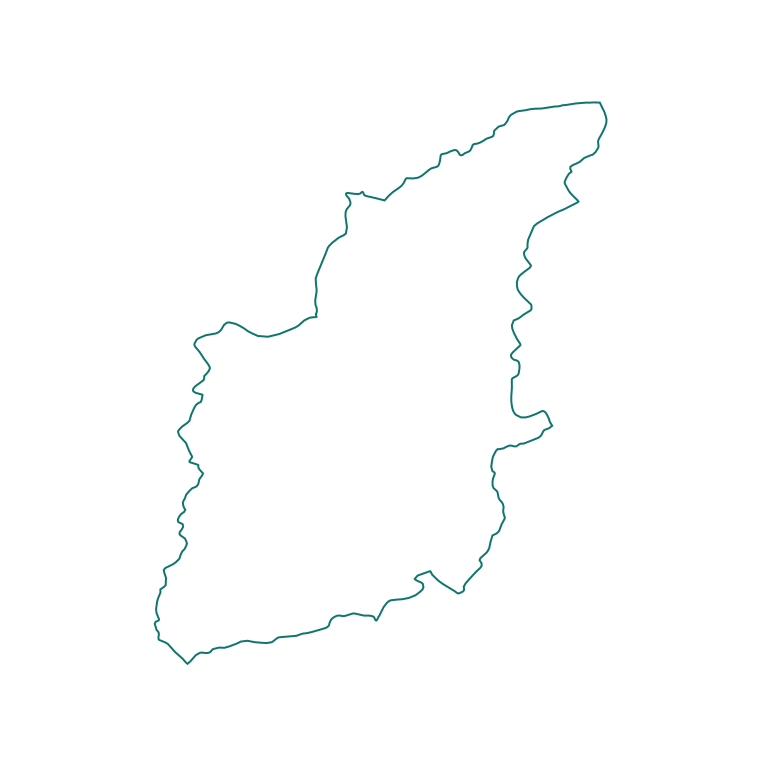 the district of Khanh Son, Khánh Hòa, Vietnam, rotated 74°
{"feature_id": "81297802B29051358194838", "entity_name": "Khanh Son", "entity_type": "district", "adm_level": 2, "iso_a3": "VNM", "parent_name": "Vietnam", "parent_adm1": "Khánh Hòa", "projection": "natural_earth1", "projection_center": [108.898, 12.037], "detail": "fine", "context": "isolated", "style": "outline", "palette": "teal", "viewbox_px": 768, "rotation_deg": 74, "n_neighbors": 0, "source": "geoboundaries", "source_scale": "gbopen_adm2", "svg_char_len": 6160}
<svg xmlns="http://www.w3.org/2000/svg" viewBox="0 0 768 768"><g transform="rotate(74 384 384)"><path d="M598.8,650.0L597.3,646.7L592.8,639.7L592.0,636.7L591.7,634.5L592.1,632.7L593.6,629.2L594.0,626.9L594.0,625.7L593.4,624.1L592.2,622.6L591.7,621.3L591.9,615.3L593.6,610.1L593.6,605.0L592.8,595.8L592.1,592.8L593.2,586.0L596.6,579.3L599.0,573.0L600.6,568.4L601.2,564.0L601.1,562.4L598.6,556.1L598.7,553.8L601.9,537.7L601.5,531.3L602.3,526.4L602.5,521.5L602.5,508.9L602.3,506.3L601.7,504.7L600.7,503.3L598.4,502.0L596.1,500.0L595.1,498.4L594.2,495.8L593.8,493.0L594.2,490.7L595.8,487.5L596.2,485.0L596.0,477.5L596.5,475.5L601.1,467.1L602.6,462.0L604.1,458.9L605.7,457.7L607.8,457.6L609.2,456.8L609.2,456.4L608.3,455.2L606.8,454.0L605.6,452.5L598.4,445.9L595.1,441.5L594.0,438.8L593.8,437.1L594.7,431.6L595.9,425.8L596.5,419.3L595.7,411.8L593.8,406.9L592.1,403.6L590.2,402.1L586.9,401.8L585.4,402.6L583.1,405.4L580.9,407.7L579.8,408.2L577.4,404.4L576.6,391.6L576.9,391.0L580.7,390.2L588.3,385.8L592.6,382.4L602.8,373.0L605.1,371.3L605.8,370.5L605.8,368.4L605.2,365.3L604.4,364.1L603.3,363.6L600.8,363.2L598.2,360.6L595.2,356.0L590.8,348.8L589.2,346.0L587.3,342.1L585.7,340.3L583.3,339.6L579.7,340.7L578.0,339.4L574.4,332.0L573.2,330.4L570.8,328.1L565.3,325.2L559.5,321.5L558.8,317.5L558.0,315.4L556.9,313.8L551.4,309.7L546.9,305.3L546.0,304.7L541.6,304.8L538.8,304.4L535.1,302.9L532.2,302.8L529.9,303.4L527.3,304.7L524.8,305.2L519.1,304.7L516.7,305.8L514.5,307.3L511.8,307.6L507.8,306.6L504.8,305.2L501.0,302.3L500.1,302.1L499.2,302.4L497.5,303.8L493.0,303.7L487.0,301.0L483.8,299.2L479.2,294.9L477.9,292.7L478.4,291.3L478.8,287.1L477.9,282.4L477.8,280.1L478.6,278.0L480.0,275.8L480.4,273.8L479.1,270.2L479.1,268.8L479.7,266.7L479.7,265.1L478.3,251.0L477.9,249.4L476.8,247.1L473.0,243.6L472.4,242.3L472.0,237.5L470.5,233.8L466.2,235.0L462.5,235.1L458.5,235.8L455.8,236.6L454.4,237.7L453.6,238.9L453.8,240.8L454.7,246.1L455.3,253.1L455.1,257.4L453.8,261.6L450.2,265.5L448.0,266.7L444.9,267.3L441.0,267.2L436.2,266.5L430.8,265.0L423.2,262.2L414.9,259.9L414.2,259.3L413.7,258.2L413.0,254.9L412.3,253.0L410.9,251.6L406.8,249.7L403.6,248.6L400.9,248.4L399.4,248.7L398.1,249.8L396.3,252.6L394.6,253.7L393.4,254.2L391.9,254.2L390.7,253.7L388.8,251.0L384.8,243.1L384.1,242.1L383.0,242.0L377.3,243.8L370.9,245.0L366.1,245.4L362.8,244.9L358.7,241.8L358.0,236.3L355.8,230.7L353.6,222.7L352.4,221.5L350.1,220.8L348.2,220.7L339.6,225.7L335.1,227.9L330.3,229.4L326.8,229.2L323.0,228.3L319.5,226.2L317.7,224.4L316.5,222.2L314.6,217.7L312.7,212.4L311.9,211.0L310.7,210.1L309.8,210.3L302.2,213.3L299.0,213.7L296.5,213.3L295.4,212.5L293.1,209.0L292.3,208.4L288.8,207.4L285.2,205.8L274.8,197.4L273.5,196.1L271.9,192.6L268.7,180.6L266.5,169.7L265.7,162.9L262.9,148.4L262.3,146.8L260.2,147.6L257.7,149.1L251.5,152.4L248.3,153.4L241.4,154.9L239.9,154.8L238.7,154.0L235.7,151.5L232.9,148.3L231.7,145.3L228.3,145.6L226.6,145.0L225.6,142.2L225.2,138.7L224.4,134.6L221.9,129.2L221.1,122.5L221.1,120.1L219.2,116.5L216.1,113.1L214.8,112.3L209.9,111.4L207.8,110.1L202.9,105.1L198.2,100.9L194.0,98.2L191.0,97.2L188.2,97.0L183.3,97.2L173.0,99.0L171.1,104.9L170.3,108.5L169.2,112.3L167.2,122.3L165.8,133.3L165.3,135.1L165.3,139.0L164.3,143.6L162.7,156.2L160.9,163.4L160.2,167.4L159.8,172.9L158.8,179.5L158.8,181.6L160.2,187.5L161.2,189.3L162.7,190.9L164.9,192.6L167.0,195.2L168.2,197.2L168.1,201.6L168.3,203.2L170.7,207.8L171.7,208.7L173.9,209.4L175.6,210.7L176.2,212.2L176.4,217.6L177.7,221.9L178.5,225.7L178.6,228.0L178.2,231.6L178.9,233.0L181.3,234.8L183.3,236.8L183.9,238.2L184.5,243.0L185.4,245.0L185.4,246.8L185.1,247.4L184.3,248.1L182.3,248.5L180.1,249.4L179.2,250.2L178.6,251.4L178.5,252.6L178.7,256.3L179.4,260.0L179.0,264.9L179.2,265.7L180.1,266.6L184.9,268.7L187.6,270.3L189.0,271.5L189.5,272.5L189.8,273.8L189.7,278.4L190.0,280.0L190.8,282.3L192.3,285.6L194.2,290.2L194.9,293.3L195.0,295.0L194.5,299.2L192.5,305.2L192.7,306.4L196.5,310.0L198.3,312.5L199.6,315.6L201.9,322.4L204.3,327.4L207.7,332.8L202.8,341.2L198.6,348.9L197.2,350.8L193.7,351.4L193.3,352.1L194.4,354.6L194.3,356.2L193.3,359.4L190.2,366.6L190.4,367.7L191.0,368.2L192.4,368.2L196.3,366.4L200.0,366.2L201.6,366.6L203.0,367.7L205.7,371.7L208.2,373.5L212.0,374.8L223.1,376.4L228.9,379.2L229.7,381.5L229.8,381.1L230.4,384.9L231.0,387.5L234.0,395.0L236.2,398.8L237.6,400.5L242.2,403.9L259.2,417.4L263.5,420.5L269.4,421.9L274.5,422.7L277.2,423.6L284.7,427.1L288.9,428.0L291.9,427.8L294.8,428.2L296.4,428.9L298.1,430.3L300.8,430.3L300.9,431.4L300.2,434.3L299.8,437.3L300.9,443.1L304.1,449.7L305.2,453.5L306.0,460.5L307.1,470.9L306.6,482.5L303.1,491.9L299.2,496.6L295.7,500.3L292.2,503.0L288.8,506.2L285.4,509.9L282.1,515.8L281.8,518.4L283.2,521.6L287.1,525.7L288.5,528.4L289.1,531.4L288.0,542.0L289.0,549.9L289.9,552.0L292.4,554.5L293.6,555.4L295.8,555.4L302.2,552.5L310.3,550.0L316.3,547.7L319.6,546.9L321.0,547.1L321.9,547.8L323.5,549.3L325.5,552.2L326.6,554.4L327.2,554.8L328.1,554.9L330.5,556.3L334.2,566.1L335.8,568.5L337.4,569.4L338.6,569.2L340.5,567.6L344.2,561.5L344.7,561.5L349.2,563.8L350.8,565.2L351.2,567.9L352.5,570.8L355.1,573.4L360.2,577.7L365.7,581.1L367.1,583.6L369.3,589.9L371.5,593.6L372.7,595.0L374.6,595.2L377.5,594.9L386.2,590.6L394.2,589.8L400.3,588.6L401.4,588.6L404.5,592.3L405.6,592.3L409.6,586.2L410.7,584.9L413.4,585.5L415.4,584.9L420.1,582.6L421.9,584.2L424.7,587.8L429.0,590.1L430.7,592.3L431.1,594.0L431.3,596.9L432.7,599.8L435.8,604.6L439.4,607.2L440.2,608.2L442.5,610.0L445.5,610.5L448.5,610.2L450.1,609.7L451.8,611.3L453.1,614.9L455.3,617.8L457.3,619.4L458.8,619.9L460.1,619.7L463.1,616.3L464.9,616.2L466.0,616.5L468.2,618.7L470.1,621.3L472.0,621.9L473.2,621.5L477.7,617.9L480.7,617.4L482.9,617.4L484.7,618.5L487.7,621.2L489.4,624.2L492.1,626.5L495.2,628.6L496.0,629.6L498.1,633.6L499.3,637.4L500.6,644.9L502.0,646.9L503.9,647.2L510.4,647.0L517.3,649.4L518.4,651.5L519.8,655.6L522.7,656.3L528.2,660.6L531.1,662.3L537.8,665.2L541.7,665.8L548.3,665.1L549.2,665.8L549.7,669.1L551.3,670.5L557.5,670.4L560.8,669.1L562.9,669.5L565.6,670.8L567.1,671.0L568.1,670.6L572.0,665.6L574.3,663.4L584.4,658.5L592.2,653.5L597.6,650.9L598.8,650.0Z" fill="none" stroke="#0f766e" stroke-width="2"/></g></svg>